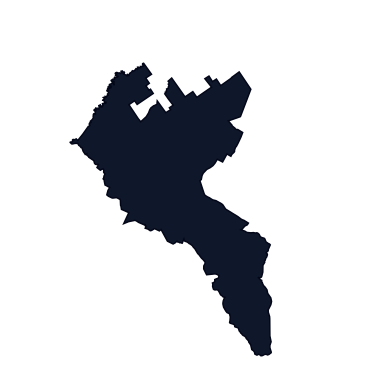 outline of Beliu, Arad, Romania, rotated 111°
{"feature_id": "2599482B53045213319316", "entity_name": "Beliu", "entity_type": "district", "adm_level": 2, "iso_a3": "ROU", "parent_name": "Romania", "parent_adm1": "Arad", "projection": "albers", "projection_center": [21.977, 46.527], "detail": "fine", "context": "isolated", "style": "filled", "palette": "ink", "viewbox_px": 384, "rotation_deg": 111, "n_neighbors": 0, "source": "geoboundaries", "source_scale": "gbopen_adm2", "svg_char_len": 6075}
<svg xmlns="http://www.w3.org/2000/svg" viewBox="0 0 384 384"><g transform="rotate(111 192 192)"><path d="M190.2,321.6L189.9,320.7L188.5,318.6L187.6,316.1L189.0,314.4L189.4,312.8L190.3,311.5L190.2,310.5L192.9,308.3L195.2,305.1L194.2,304.0L195.0,304.0L196.0,301.3L196.5,300.9L197.9,294.9L198.1,294.5L198.3,294.6L200.1,293.3L200.7,292.2L200.6,291.0L199.8,289.5L200.0,289.1L203.2,289.5L204.5,285.4L202.2,283.5L202.7,283.0L203.0,282.3L205.2,281.6L206.5,279.7L208.4,279.9L210.6,279.5L211.5,279.7L211.8,279.4L211.9,278.6L215.7,276.3L215.7,276.0L216.6,275.7L217.3,270.4L220.6,271.0L225.2,270.5L225.9,268.5L226.2,264.6L226.0,263.7L224.4,260.7L224.3,259.6L224.7,256.5L225.4,255.9L230.0,253.9L230.9,253.1L233.5,251.6L233.9,243.6L246.0,244.4L242.4,240.6L238.9,235.1L238.9,233.6L239.5,231.0L239.8,224.3L238.6,224.1L240.3,223.6L240.4,222.6L242.6,222.7L242.4,220.0L243.1,217.1L242.4,216.0L239.6,213.8L240.0,208.5L238.1,207.4L246.7,197.3L247.3,191.0L245.6,189.6L243.3,188.4L243.8,187.4L243.5,186.1L243.8,185.4L243.3,184.0L243.4,183.4L243.3,182.8L238.8,182.7L240.1,181.8L240.5,181.0L240.4,178.7L240.7,177.3L241.2,176.1L241.2,175.1L241.9,172.6L243.0,171.0L244.0,168.9L247.4,164.6L248.0,163.1L250.3,159.5L251.2,157.3L252.7,154.7L254.0,154.2L256.8,154.5L259.6,153.5L264.0,148.7L260.3,141.4L260.0,140.2L260.0,138.6L260.5,136.8L262.1,136.6L263.3,136.7L264.2,138.0L265.6,139.4L267.7,138.5L269.7,140.3L270.4,139.6L272.8,138.9L275.0,137.2L275.3,136.1L275.0,135.0L274.5,134.3L274.3,132.6L275.5,130.9L277.7,128.5L278.0,127.6L278.0,127.1L278.8,125.4L278.6,123.6L279.0,123.8L282.5,123.8L284.7,123.3L285.8,122.8L288.2,121.2L291.0,117.8L292.0,116.1L292.2,113.4L294.9,111.5L298.6,110.4L300.2,110.2L300.8,109.5L300.6,106.1L300.9,104.7L301.4,104.1L302.3,103.9L302.5,103.5L302.3,100.6L302.7,99.8L304.8,98.1L305.3,97.0L306.2,96.0L306.4,95.0L307.1,94.1L307.6,92.9L307.7,91.3L308.5,89.4L309.3,88.9L310.6,86.0L311.8,85.2L313.7,82.4L317.7,79.7L318.2,77.7L319.0,76.4L320.8,75.2L321.0,72.9L319.6,71.7L319.8,69.8L320.2,68.9L319.4,67.5L317.8,66.2L317.0,64.9L317.0,63.0L316.0,61.9L313.7,60.5L313.0,60.7L309.6,63.4L307.4,64.3L303.5,64.5L298.5,67.7L282.7,73.9L280.5,74.9L276.9,77.7L274.7,78.6L269.0,78.0L265.7,78.5L262.6,80.5L259.5,85.0L256.4,87.0L254.6,89.7L253.7,91.7L252.0,93.5L251.2,94.0L250.8,94.9L249.5,95.3L249.4,96.7L248.1,99.9L248.0,98.5L247.6,97.6L246.5,96.7L245.6,96.7L241.4,97.2L235.1,99.5L231.6,98.9L230.2,99.6L229.5,99.2L227.4,99.4L226.0,99.0L223.6,99.1L222.8,99.6L222.6,100.7L222.2,101.0L221.1,100.7L220.6,100.1L219.3,99.9L218.5,100.2L213.3,100.0L212.8,100.9L212.7,102.5L212.0,105.1L209.7,107.2L209.3,108.1L209.5,110.5L209.3,112.2L207.5,114.1L206.8,116.0L206.9,116.9L207.6,118.2L207.9,120.1L209.0,122.4L210.0,125.9L209.9,127.5L209.6,128.5L209.7,132.7L208.9,132.0L204.8,130.4L202.8,128.6L200.8,128.2L199.8,133.6L199.9,134.6L199.7,136.4L198.6,140.1L195.9,154.5L193.0,158.5L192.4,160.1L191.5,166.5L191.9,169.7L191.7,171.1L191.1,173.8L191.0,175.8L190.4,178.7L189.2,180.1L178.6,188.7L177.1,187.8L173.2,188.5L170.5,188.3L165.6,186.3L162.7,183.7L159.9,181.9L157.0,180.9L152.4,180.1L153.0,174.2L144.0,173.0L144.7,168.5L142.6,168.3L139.9,167.0L138.9,166.8L137.6,167.3L134.9,167.4L133.4,166.9L129.9,166.5L123.5,166.0L118.3,166.0L117.3,171.6L117.8,173.5L117.4,174.5L117.1,174.6L115.9,178.2L115.2,178.7L112.6,183.6L104.5,174.0L104.0,173.8L75.0,173.9L63.0,191.0L70.8,196.0L71.0,195.7L82.4,203.3L77.8,209.7L81.6,212.4L77.7,217.7L81.6,220.6L87.1,211.3L101.9,221.4L98.0,227.2L105.7,232.6L92.9,251.8L97.1,254.0L98.0,252.6L99.1,252.3L99.8,252.8L101.0,251.4L101.9,251.8L103.6,251.4L104.9,252.6L105.4,252.2L106.6,252.3L107.6,251.9L107.9,252.0L108.3,252.7L108.7,252.6L108.9,252.1L110.1,252.6L113.7,247.3L117.7,240.7L121.5,243.3L122.8,241.4L127.3,244.9L119.4,257.1L121.0,256.7L121.6,256.3L122.7,256.3L124.0,257.3L125.4,258.8L128.2,260.5L130.2,260.9L133.8,260.9L138.1,261.7L144.8,265.0L142.8,268.5L133.1,282.2L127.4,278.3L129.9,274.6L113.9,263.5L110.9,267.6L112.3,268.7L109.4,273.0L105.8,270.8L102.2,276.0L96.6,272.0L89.2,283.2L89.2,283.5L89.9,284.1L91.0,283.7L91.1,282.1L92.2,282.5L93.3,285.1L94.4,284.6L94.7,286.1L94.7,287.2L95.0,287.6L96.3,286.7L97.0,286.8L96.8,288.0L96.9,288.5L98.5,288.9L100.2,289.9L100.0,290.8L100.6,291.3L101.5,291.3L103.5,292.7L106.0,292.8L106.7,294.1L104.8,294.3L106.7,295.0L106.4,296.7L106.5,297.7L104.6,297.9L104.2,298.6L105.7,299.1L104.0,300.5L104.7,301.5L106.1,300.6L106.9,300.9L106.7,302.2L107.3,303.4L107.3,305.0L107.6,305.5L108.3,306.1L108.7,306.1L108.6,304.7L108.9,304.4L110.1,305.4L110.6,305.2L110.4,303.1L110.6,302.5L111.0,302.5L111.9,303.0L111.9,303.6L112.4,304.2L112.5,305.3L112.9,305.5L113.8,304.8L114.5,304.7L114.6,305.7L114.9,306.2L116.7,307.4L117.1,307.4L117.7,305.8L116.7,304.9L116.7,304.5L119.6,303.1L119.8,303.6L118.7,304.4L118.5,305.5L119.9,306.2L121.2,307.6L121.9,307.5L122.1,305.6L122.7,305.0L123.6,305.0L123.9,305.3L123.8,305.7L123.4,306.1L123.3,306.9L123.4,307.5L124.1,308.0L124.4,307.6L124.4,306.4L124.7,306.1L125.0,306.2L125.1,307.4L125.6,307.8L126.3,307.8L126.7,306.7L127.2,306.3L127.4,306.6L127.2,307.4L127.8,307.8L128.2,307.5L128.3,306.4L129.2,305.3L130.9,306.0L131.7,305.0L132.4,305.8L133.9,305.9L133.9,307.4L135.2,307.2L135.2,308.2L135.5,308.6L135.9,307.5L136.4,307.0L137.7,308.1L138.3,308.1L137.9,307.0L138.8,306.5L139.0,304.4L140.1,304.3L140.4,304.8L139.6,305.4L139.6,305.7L141.1,306.1L141.3,306.9L141.6,307.3L142.0,307.1L142.0,306.4L142.7,306.5L143.0,306.0L145.0,306.5L145.2,307.3L144.9,307.5L144.1,307.2L144.3,308.6L143.6,308.9L144.8,310.0L145.1,309.9L145.5,308.8L148.2,308.6L148.2,309.0L147.4,309.4L147.3,309.8L148.4,310.0L149.0,310.5L148.0,311.5L148.1,312.0L149.1,311.9L150.1,312.8L150.9,312.7L151.1,312.2L150.0,311.7L149.7,310.8L152.2,311.0L153.8,310.0L154.1,310.2L153.8,310.9L154.1,311.7L154.8,311.9L157.3,311.2L158.2,310.6L160.9,311.4L162.2,312.2L162.8,312.1L162.7,311.4L163.1,311.1L163.4,311.2L164.3,312.3L165.5,312.3L166.3,311.2L167.4,311.7L167.9,312.3L176.9,314.6L184.8,317.1L183.9,319.1L185.1,320.2L185.5,320.9L185.5,321.8L186.1,322.2L187.6,321.7L188.1,321.8L189.0,323.5L189.4,323.5L190.2,321.6Z" fill="#0f172a" stroke="#020617" stroke-width="1.5"/></g></svg>